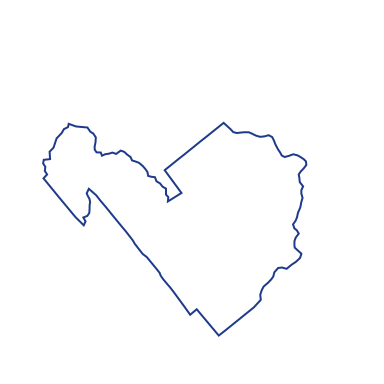 outline of Flores da Cunha, Rio Grande do Sul, Brazil, rotated 52°
{"feature_id": "56859067B84759679452911", "entity_name": "Flores da Cunha", "entity_type": "district", "adm_level": 2, "iso_a3": "BRA", "parent_name": "Brazil", "parent_adm1": "Rio Grande do Sul", "projection": "robinson", "projection_center": [-51.242, -29.022], "detail": "fine", "context": "isolated", "style": "outline", "palette": "blue", "viewbox_px": 384, "rotation_deg": 52, "n_neighbors": 0, "source": "geoboundaries", "source_scale": "gbopen_adm2", "svg_char_len": 2031}
<svg xmlns="http://www.w3.org/2000/svg" viewBox="0 0 384 384"><g transform="rotate(52 192 192)"><path d="M166.0,123.0L157.0,124.5L157.3,147.3L157.3,152.7L157.7,175.1L157.7,181.9L158.0,200.1L186.3,200.9L184.6,216.8L181.4,213.8L178.1,214.1L173.3,210.4L169.7,211.9L165.5,211.9L161.7,213.4L157.5,212.1L154.9,214.7L152.4,216.6L148.8,214.8L145.3,214.6L141.1,214.8L136.4,215.8L133.1,217.8L130.2,219.8L126.6,218.9L122.9,220.0L118.6,220.7L115.5,222.7L115.3,228.3L111.9,230.5L110.6,234.0L108.8,237.1L108.0,240.6L104.7,239.6L102.0,242.8L98.8,242.6L96.4,240.9L93.4,237.4L89.8,234.2L85.1,233.8L82.0,235.0L76.8,234.7L69.0,243.0L62.4,247.2L64.5,249.8L63.6,254.2L65.3,258.3L66.4,265.7L71.8,273.8L72.6,279.4L78.7,283.6L75.4,289.0L77.8,291.7L81.9,292.1L84.8,295.0L89.0,295.4L89.8,300.6L112.5,300.1L140.0,299.3L151.6,297.8L149.6,294.0L145.2,293.3L146.4,289.2L145.3,285.9L142.5,283.3L139.7,281.1L137.2,278.5L134.2,277.0L131.3,276.6L128.2,275.8L126.0,271.3L135.6,269.5L142.8,269.5L146.9,269.3L153.3,269.1L159.9,269.0L176.3,268.6L182.2,268.4L193.5,268.4L197.7,269.0L210.6,269.0L215.4,267.7L231.3,267.3L235.8,267.3L238.7,268.2L243.1,268.4L249.5,268.2L252.8,268.0L259.3,268.0L278.3,268.6L287.6,269.0L287.3,260.5L321.6,259.3L321.6,252.4L321.0,214.3L319.3,204.2L314.9,201.4L312.2,197.3L310.6,193.7L310.3,187.8L309.6,183.2L308.6,179.9L306.0,176.6L304.9,171.0L306.9,167.6L310.8,164.7L310.6,158.7L311.0,152.8L310.5,147.5L308.0,143.8L303.3,144.6L299.1,145.3L296.6,143.8L293.6,141.3L291.8,138.3L290.5,133.5L286.8,133.0L283.6,133.7L279.7,132.3L278.4,128.0L276.5,124.7L273.7,121.4L270.8,116.1L267.2,112.0L264.7,108.5L260.4,106.7L257.9,104.7L256.0,101.0L250.6,101.0L247.1,98.8L243.9,97.1L242.8,93.8L242.2,89.6L241.1,85.3L238.1,83.4L235.1,83.7L231.5,84.9L228.2,86.2L224.6,89.0L223.1,93.6L221.5,97.4L218.6,98.8L215.0,98.2L211.7,98.0L208.7,97.5L205.6,96.9L202.0,95.8L198.1,95.0L194.5,96.6L192.7,100.8L190.5,104.3L187.1,106.8L182.6,109.0L179.9,110.5L177.4,113.6L175.1,117.1L173.1,120.4L170.2,122.6L166.0,123.0Z" fill="none" stroke="#1e3a8a" stroke-width="2"/></g></svg>